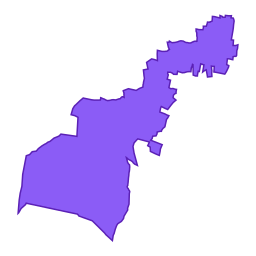 Tekom, Yucatán, Mexico (Natural Earth projection)
{"feature_id": "50627088B49357415641564", "entity_name": "Tekom", "entity_type": "district", "adm_level": 2, "iso_a3": "MEX", "parent_name": "Mexico", "parent_adm1": "Yucatán", "projection": "natural_earth1", "projection_center": [-88.348, 20.501], "detail": "fine", "context": "isolated", "style": "filled", "palette": "violet", "viewbox_px": 256, "rotation_deg": 0, "n_neighbors": 0, "source": "geoboundaries", "source_scale": "gbopen_adm2", "svg_char_len": 5770}
<svg xmlns="http://www.w3.org/2000/svg" viewBox="0 0 256 256"><path d="M231.4,15.7L229.0,15.8L225.4,15.4L225.2,17.2L224.4,17.3L223.5,17.3L222.4,17.1L222.4,16.8L222.4,16.5L220.0,15.5L220.0,18.0L214.5,16.6L212.4,16.4L212.2,20.1L212.0,21.2L210.1,21.8L209.9,22.2L207.5,22.1L207.2,23.5L206.9,24.4L206.3,26.2L203.3,26.2L203.4,27.7L203.1,28.8L202.9,29.7L198.8,29.6L196.9,29.1L196.1,29.0L196.1,29.6L196.1,30.3L196.1,31.3L196.3,31.7L196.5,32.2L196.7,32.6L196.7,33.0L196.8,33.6L196.8,34.3L196.8,34.8L196.8,35.1L196.8,35.7L196.9,36.4L197.0,36.8L197.2,37.6L196.9,41.3L196.5,41.4L195.9,41.2L195.5,41.2L195.2,41.2L194.2,41.3L193.9,41.4L193.7,41.6L193.4,41.7L192.9,41.9L192.4,42.0L191.9,42.4L191.5,42.5L191.2,42.7L190.9,42.9L189.2,43.0L188.9,43.0L188.6,42.9L188.4,42.9L187.7,42.6L187.3,42.6L187.0,42.6L186.6,42.5L186.3,42.6L185.5,42.3L185.3,42.2L185.0,42.1L184.6,41.8L184.2,41.7L183.8,41.4L183.4,41.2L183.2,41.1L180.9,40.8L180.4,40.9L179.9,41.0L179.5,41.1L179.2,41.2L178.6,41.4L178.2,41.6L177.8,41.8L176.8,42.0L176.3,42.2L176.1,42.2L175.7,42.3L175.0,42.4L174.5,42.5L173.7,42.5L172.8,42.7L172.7,42.7L172.2,42.6L171.9,42.6L171.5,42.4L171.0,42.2L170.9,42.1L170.3,41.6L170.0,41.5L169.4,41.3L169.3,41.2L169.2,41.5L169.0,42.3L167.3,42.2L168.0,45.6L168.4,47.3L169.4,49.4L169.1,49.5L168.8,49.7L168.6,50.1L168.4,50.2L168.0,50.3L167.8,50.7L167.4,51.0L167.0,51.1L166.7,51.2L166.3,51.3L165.7,51.3L165.3,51.3L164.8,51.4L164.5,51.4L164.3,51.4L161.9,51.4L157.4,50.3L157.2,54.0L157.4,60.6L154.6,59.6L151.6,58.9L146.6,62.4L148.0,69.0L143.4,69.9L143.9,74.5L144.0,75.8L144.3,77.5L144.4,78.5L144.2,79.3L143.5,82.2L143.4,83.6L143.0,84.9L143.0,85.9L142.8,87.2L141.5,87.6L139.3,88.5L136.2,90.4L128.4,88.7L123.2,90.7L123.2,90.9L123.4,91.5L123.8,92.5L123.9,93.0L124.0,93.7L123.9,94.0L123.9,94.4L124.0,94.8L124.0,95.5L124.0,95.9L124.0,96.5L124.1,97.3L123.9,97.2L123.6,97.0L123.4,96.9L123.0,96.9L122.8,96.8L122.2,96.7L121.7,97.1L121.3,97.4L120.9,97.8L120.6,98.2L120.4,98.6L119.9,98.7L119.6,98.8L118.8,98.9L118.2,99.1L117.7,99.3L116.7,99.6L116.0,99.9L115.9,99.9L115.5,99.9L114.3,99.8L113.6,99.7L112.8,99.7L112.1,99.8L111.4,99.9L110.8,100.1L109.4,100.4L109.0,100.5L108.7,100.5L108.2,100.5L107.4,100.6L106.9,100.4L106.6,100.3L105.6,99.9L104.5,99.2L103.7,98.9L103.3,98.8L102.8,98.6L102.3,98.4L101.8,98.1L101.3,97.9L100.7,97.7L100.6,99.3L100.4,100.0L100.2,100.0L98.2,100.1L97.0,100.1L96.9,100.1L94.3,100.1L91.7,99.8L83.5,98.1L83.2,98.0L79.9,100.8L76.7,103.9L75.9,104.7L74.7,105.7L74.2,106.4L72.8,108.7L72.1,111.2L71.8,112.2L71.1,114.7L74.9,115.7L78.0,117.3L76.9,136.4L74.4,136.0L60.9,134.1L59.3,135.8L58.0,136.5L54.0,138.1L50.0,141.4L48.7,141.9L48.0,142.1L45.9,143.7L44.7,144.2L41.6,146.1L40.8,146.8L39.5,147.7L38.1,148.9L36.4,151.0L35.7,151.2L34.8,151.3L32.2,151.7L29.6,154.6L26.3,155.7L22.7,174.4L21.9,186.3L20.2,193.2L19.2,200.0L18.1,213.3L18.7,212.7L21.1,208.5L25.6,204.5L26.2,203.2L58.5,210.1L77.4,214.1L78.3,215.1L78.9,216.0L92.3,220.8L104.6,233.0L105.9,234.7L112.4,240.6L113.2,235.4L114.1,233.5L115.3,229.1L116.7,225.4L117.8,223.7L119.8,222.4L121.4,221.4L123.5,218.6L124.0,216.2L127.7,210.0L127.6,208.1L129.0,204.2L129.3,193.6L129.6,192.3L129.7,191.8L129.7,191.4L129.6,191.1L129.2,190.4L128.8,189.9L128.4,189.1L128.2,188.6L127.7,188.2L127.5,187.7L127.4,187.4L127.2,186.9L127.2,186.6L127.2,186.3L127.5,185.8L127.8,185.4L127.8,184.6L127.9,183.8L128.1,182.5L128.1,181.9L128.2,181.5L128.2,180.9L128.3,179.9L128.4,179.3L128.4,178.7L128.5,177.8L128.6,176.8L128.8,175.8L128.8,175.3L128.9,174.5L128.8,174.2L128.9,173.9L129.0,173.1L129.0,172.9L129.1,172.3L129.2,171.8L129.4,171.1L129.4,170.6L129.5,170.2L129.6,169.2L129.6,168.7L129.6,168.4L129.6,168.0L129.7,167.8L129.7,167.2L129.7,166.3L129.5,164.8L129.1,164.4L128.4,163.7L128.1,163.2L127.9,162.7L127.5,162.1L127.5,161.9L127.4,161.6L127.2,160.6L127.0,160.0L126.9,159.5L126.8,159.2L126.7,158.7L126.6,158.4L126.4,157.6L127.1,158.1L127.8,158.9L128.4,159.3L129.0,159.6L129.6,160.0L130.4,160.3L130.9,160.6L131.8,161.2L132.3,161.6L132.8,162.1L132.9,162.3L133.1,162.6L133.3,162.9L134.1,163.6L134.4,163.9L134.8,164.2L135.5,164.5L136.2,164.8L136.8,165.1L137.4,165.4L134.0,152.8L133.0,146.5L134.0,143.1L134.6,142.3L135.9,140.9L136.4,140.2L136.9,139.8L137.4,139.3L137.8,138.9L149.4,142.0L147.7,145.7L150.2,147.1L150.4,151.4L155.2,153.7L156.8,154.4L159.3,155.4L160.1,151.4L160.4,149.0L162.2,144.7L150.7,140.2L152.1,138.7L152.7,136.2L156.0,135.9L157.0,133.9L157.2,132.0L160.2,131.3L161.4,131.3L161.8,130.0L163.0,128.4L164.9,126.8L165.5,124.0L166.4,120.1L166.4,119.6L167.6,118.1L168.9,115.7L166.8,114.9L164.9,113.9L159.8,112.0L160.6,108.1L161.3,106.5L164.9,108.3L167.7,109.5L170.9,105.3L173.2,102.5L176.0,100.1L173.1,97.7L173.3,96.0L173.5,95.2L174.1,94.4L175.0,93.7L176.0,93.4L176.1,91.4L176.5,89.4L175.1,89.2L173.0,88.5L170.7,88.7L168.9,87.6L170.5,80.2L167.2,79.2L167.8,76.6L168.3,74.9L167.7,73.7L167.8,72.2L170.6,72.3L172.4,73.2L173.6,74.3L177.0,74.4L177.6,71.3L179.4,71.9L182.3,72.8L184.5,72.6L187.0,71.8L189.2,71.6L190.9,71.7L191.3,67.9L192.1,66.2L192.5,64.4L193.0,64.7L193.0,66.1L193.2,75.1L195.6,76.0L197.4,76.0L197.5,74.7L198.2,71.3L199.3,71.5L200.7,63.8L201.7,64.1L202.0,64.4L202.5,64.3L203.0,64.6L203.9,64.8L202.7,72.0L203.7,71.2L205.1,70.3L206.2,69.8L207.1,74.5L207.5,77.0L211.9,76.5L211.8,74.4L211.7,73.2L211.9,71.0L211.5,67.7L211.4,66.1L212.4,66.3L214.3,66.4L213.9,72.0L215.9,72.3L219.9,73.1L224.8,74.1L225.4,73.2L226.4,71.6L227.6,69.1L228.1,68.0L228.5,67.2L228.7,66.4L228.8,65.6L226.7,64.6L227.4,58.8L228.5,58.8L229.3,58.9L230.7,59.2L232.1,59.6L232.8,59.7L233.1,56.7L234.6,56.3L235.8,56.4L236.3,56.0L236.6,55.4L236.8,50.7L237.5,48.7L237.9,44.8L235.8,45.5L233.1,45.5L233.3,42.8L233.5,40.1L231.3,39.9L233.0,30.1L233.3,28.0L233.6,24.6L234.1,21.1L234.0,20.3L233.8,19.6L233.3,18.1L231.0,17.8L231.2,16.7L231.4,15.7Z" fill="#8b5cf6" stroke="#5b21b6" stroke-width="1.5"/></svg>